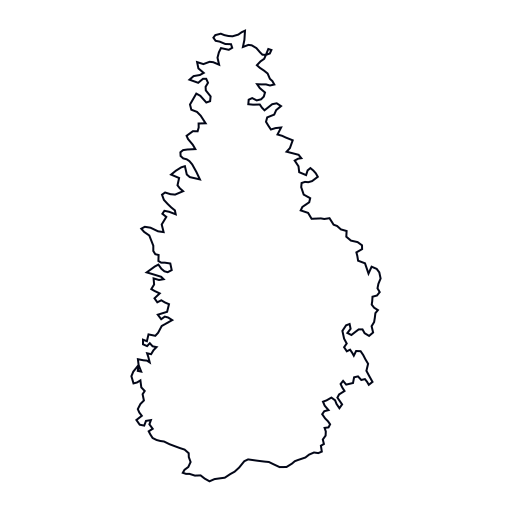 Nova Tebas, Paraná, Brazil (orthographic projection)
{"feature_id": "56859067B30858254302044", "entity_name": "Nova Tebas", "entity_type": "district", "adm_level": 2, "iso_a3": "BRA", "parent_name": "Brazil", "parent_adm1": "Paraná", "projection": "orthographic", "projection_center": [-51.949, -24.431], "detail": "fine", "context": "isolated", "style": "outline", "palette": "ink", "viewbox_px": 512, "rotation_deg": 0, "n_neighbors": 0, "source": "geoboundaries", "source_scale": "gbopen_adm2", "svg_char_len": 4788}
<svg xmlns="http://www.w3.org/2000/svg" viewBox="0 0 512 512"><path d="M281.1,127.5L275.5,128.1L270.9,129.5L268.3,125.6L266.0,121.8L267.2,117.4L274.2,114.6L276.2,110.1L281.0,106.1L276.7,103.3L272.2,104.2L264.5,110.3L261.9,107.6L259.8,104.5L253.3,104.7L248.3,104.2L248.7,99.7L252.2,98.1L256.7,100.4L261.1,99.3L263.8,96.6L265.0,92.5L259.8,88.1L257.1,84.2L261.5,84.4L266.0,84.4L270.0,85.5L274.3,84.5L272.4,81.1L269.9,78.8L267.6,73.5L264.0,70.6L259.8,67.8L256.9,65.2L260.5,61.4L264.2,58.8L265.9,54.9L262.4,54.7L260.0,52.3L256.4,48.1L251.7,45.3L248.4,44.9L242.9,47.0L244.4,39.9L245.0,30.7L241.7,32.2L238.3,34.6L232.5,36.3L228.4,36.0L224.3,35.1L220.8,33.7L215.3,35.1L213.4,37.7L215.6,40.8L219.6,41.6L225.3,44.0L231.0,44.2L232.2,47.8L228.8,49.8L221.0,48.1L218.9,52.3L217.5,57.7L219.1,64.7L213.2,62.2L209.6,61.8L203.4,64.1L197.1,62.1L198.4,68.4L203.7,72.9L199.9,75.0L193.6,76.1L189.5,79.7L198.2,82.8L203.0,78.8L206.2,78.8L208.0,82.8L205.6,86.8L205.8,90.4L210.6,96.4L210.1,101.2L206.3,102.5L200.3,95.8L196.3,93.6L190.0,104.5L191.3,109.7L197.0,111.9L200.7,115.7L205.6,123.3L198.6,123.5L198.7,127.5L197.6,131.3L192.9,131.2L186.6,135.8L188.0,139.0L192.9,144.9L195.3,149.1L187.4,149.5L183.1,150.1L180.4,152.3L180.6,156.0L183.2,158.4L186.7,159.3L189.4,161.1L192.2,164.4L196.4,172.0L199.9,179.4L189.8,177.1L186.8,174.5L185.8,170.1L184.9,166.2L181.3,167.3L175.9,170.7L171.1,174.6L179.1,178.0L177.5,185.3L179.8,188.3L183.1,191.2L175.1,194.6L170.5,194.2L165.1,192.5L162.0,194.7L163.9,199.9L167.7,204.0L171.2,207.4L174.9,210.4L175.7,214.3L169.2,211.8L164.4,210.8L162.4,213.8L166.3,216.9L161.7,224.5L163.6,232.1L158.0,231.3L150.5,227.7L144.8,226.8L141.3,228.7L144.1,231.9L149.3,235.5L153.3,245.7L153.3,251.0L155.3,254.2L158.6,255.0L158.4,261.0L161.2,262.7L165.0,262.7L170.3,263.5L171.7,270.1L167.7,272.2L164.4,271.3L161.4,268.8L158.4,264.6L154.8,266.5L146.7,272.4L151.5,273.8L156.7,275.4L161.2,276.8L163.6,279.2L159.0,280.0L153.6,278.4L154.1,284.5L151.3,289.1L154.6,291.0L159.7,293.4L154.5,298.3L157.3,302.3L161.3,300.3L165.0,302.5L169.0,304.2L167.1,311.8L157.8,314.7L161.2,319.2L164.8,316.6L168.1,317.5L172.2,320.1L161.7,326.0L158.1,332.8L155.3,335.8L148.5,334.4L146.9,341.2L143.0,339.7L143.0,344.3L147.1,346.1L149.8,343.2L152.6,346.3L156.5,347.1L153.5,350.2L151.1,354.2L147.1,353.3L148.4,357.2L149.7,362.4L146.9,360.6L143.5,360.3L137.9,359.2L138.6,365.0L133.3,371.6L131.4,376.2L133.5,383.4L137.0,382.5L140.4,380.4L141.3,387.4L144.7,391.0L142.6,394.2L143.9,400.5L140.4,404.0L137.8,409.1L139.3,412.5L141.8,415.8L136.4,420.0L139.7,424.7L144.2,425.6L146.0,420.9L150.9,420.1L149.4,424.3L152.7,428.8L148.7,431.3L150.3,434.4L152.6,438.0L156.6,440.0L160.4,441.0L164.0,441.5L169.5,444.2L174.8,446.2L179.7,448.0L184.6,449.6L188.7,453.2L188.8,457.1L190.6,462.0L188.3,467.0L184.5,469.8L182.8,472.8L186.1,473.9L189.6,473.9L194.9,475.6L200.6,475.4L204.7,478.6L209.5,481.3L214.5,479.1L220.2,478.3L224.8,477.7L230.4,474.0L234.6,471.7L239.1,467.6L244.3,461.2L248.1,459.4L257.3,460.7L264.6,461.6L268.9,462.0L273.4,464.2L279.6,467.1L286.5,467.0L292.0,463.6L294.8,461.2L297.7,460.1L305.4,457.5L309.1,454.6L314.0,452.5L318.3,453.1L321.8,451.6L320.9,445.7L323.9,444.0L322.8,439.5L325.6,435.6L325.8,431.5L324.6,427.9L328.5,427.4L330.1,424.3L328.0,421.3L325.1,418.4L322.2,414.2L324.3,411.2L328.5,410.1L324.7,405.7L323.0,401.7L326.5,400.4L331.4,397.6L335.1,400.3L336.5,403.9L339.4,408.2L342.1,404.4L337.4,397.6L339.1,394.4L344.5,391.0L342.2,387.4L340.6,384.0L343.1,380.9L346.2,384.6L353.0,383.0L354.1,377.3L358.0,376.4L361.3,380.0L364.9,379.1L367.0,381.7L368.8,384.8L372.5,381.9L369.2,376.0L366.4,370.8L368.1,363.8L365.4,359.3L363.2,355.0L360.6,351.2L356.1,351.0L353.8,355.7L352.2,352.8L350.1,349.7L346.8,351.3L344.1,347.2L346.7,343.5L344.1,338.7L342.4,330.9L346.1,325.3L349.6,324.0L350.6,328.8L347.4,333.0L351.4,335.0L355.9,331.5L358.7,329.4L362.5,329.4L364.6,333.2L369.1,335.9L373.1,332.5L371.6,326.2L374.1,322.1L374.8,317.9L375.4,313.1L377.9,310.1L374.1,307.7L371.7,304.6L372.2,301.3L372.5,296.7L377.0,295.5L379.7,292.1L377.5,288.3L378.4,283.8L380.6,278.5L379.3,272.4L376.7,268.9L371.6,266.7L368.5,273.6L365.0,263.3L358.1,260.7L357.3,255.9L356.4,252.4L362.1,249.1L362.0,245.3L357.6,242.1L350.9,240.6L346.3,236.7L346.6,231.0L340.9,229.4L337.1,226.0L333.6,224.7L329.5,218.2L324.3,219.0L320.9,218.4L311.6,218.8L308.1,212.9L300.7,210.4L302.4,206.9L309.2,202.3L310.2,198.2L303.7,194.6L301.2,187.2L301.6,183.0L305.0,181.9L308.3,182.2L312.1,181.1L317.8,176.8L315.8,173.3L313.3,170.5L310.4,168.1L307.6,170.4L306.1,175.1L299.2,172.2L298.5,166.3L294.7,160.6L298.1,158.7L301.3,158.2L298.6,154.8L286.6,151.7L289.9,148.1L292.7,140.3L285.7,137.5L282.1,135.8L277.5,134.5L281.1,127.5ZM138.6,365.0L141.2,371.6L137.8,370.9L138.6,365.0ZM265.9,54.9L269.8,53.5L271.4,50.0L268.3,49.0L265.9,54.9Z" fill="none" stroke="#020617" stroke-width="2"/></svg>